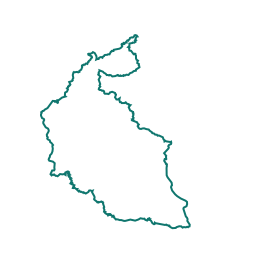 the district of Timor Tengah Utara, Nusa Tenggara Timur, Indonesia, rotated 107°
{"feature_id": "22746128B66987763142599", "entity_name": "Timor Tengah Utara", "entity_type": "district", "adm_level": 2, "iso_a3": "IDN", "parent_name": "Indonesia", "parent_adm1": "Nusa Tenggara Timur", "projection": "robinson", "projection_center": [124.402, -9.341], "detail": "fine", "context": "isolated", "style": "outline", "palette": "teal", "viewbox_px": 256, "rotation_deg": 107, "n_neighbors": 0, "source": "geoboundaries", "source_scale": "gbopen_adm2", "svg_char_len": 5894}
<svg xmlns="http://www.w3.org/2000/svg" viewBox="0 0 256 256"><g transform="rotate(107 128 128)"><path d="M204.1,40.4L202.4,40.7L199.5,44.1L197.7,44.4L196.5,45.4L195.7,46.8L189.1,51.4L187.9,51.4L185.7,49.2L183.5,49.2L181.4,50.0L180.7,51.7L180.0,56.8L178.8,61.0L177.6,63.6L174.9,67.5L172.1,69.5L171.0,69.6L169.9,69.2L167.5,70.3L163.6,75.7L161.9,77.2L155.1,79.4L151.6,80.1L151.5,80.7L150.9,80.7L150.7,80.9L151.1,80.7L150.9,81.1L151.6,81.1L150.7,81.5L148.8,83.8L147.0,83.8L146.8,82.5L146.5,82.3L144.2,83.4L143.5,83.3L141.5,86.1L135.7,83.3L134.6,83.3L133.6,84.2L132.2,83.8L130.8,82.2L129.7,82.2L128.5,82.8L129.0,83.3L129.6,87.6L129.3,88.6L130.1,89.2L128.9,89.8L128.5,90.7L126.7,92.0L126.1,96.3L126.7,97.4L126.0,98.4L126.4,100.2L125.7,101.3L125.8,103.3L125.2,103.6L124.2,106.6L123.4,107.7L123.7,110.2L123.6,112.5L124.3,114.2L125.1,115.2L125.3,116.8L124.5,118.3L123.6,118.7L123.3,119.3L121.5,118.7L121.0,120.0L119.9,120.9L119.5,126.2L119.0,126.0L118.7,126.4L118.4,125.5L117.7,126.2L116.7,125.6L115.6,126.8L113.9,126.6L113.0,127.4L112.6,127.0L111.2,127.8L111.4,128.4L110.8,129.3L110.6,131.1L107.9,133.4L105.5,132.4L105.6,132.9L105.2,133.6L105.5,134.2L105.0,134.7L105.1,136.1L104.7,137.3L104.4,137.2L104.1,137.7L105.2,138.7L106.0,141.3L105.3,142.3L105.6,143.3L103.6,144.6L102.1,144.7L103.8,146.2L104.1,147.4L102.4,149.4L99.8,149.2L99.4,149.3L99.2,150.1L98.3,150.6L98.0,153.7L99.3,155.7L100.3,155.8L101.3,156.7L101.3,157.9L102.0,160.1L101.6,160.9L99.9,161.6L99.5,163.0L100.0,163.6L99.6,164.9L99.9,166.4L99.5,167.3L98.3,167.4L96.5,166.6L95.6,167.7L94.1,167.4L90.3,170.2L86.8,169.5L85.7,172.0L84.7,171.7L84.4,172.1L83.3,172.3L82.0,171.7L81.2,172.1L81.5,168.4L82.2,167.3L82.6,165.3L83.6,163.8L83.2,162.8L83.3,161.5L82.7,161.2L82.5,159.9L83.3,158.1L82.0,155.2L80.3,153.4L80.3,153.0L80.8,152.7L80.8,152.0L80.6,150.9L80.0,150.7L80.2,149.7L79.5,148.1L79.6,147.5L79.2,147.2L78.7,147.4L78.5,146.0L77.5,145.2L77.1,143.0L75.0,142.1L73.5,140.1L72.0,139.3L70.9,137.2L69.8,137.5L66.6,134.8L65.4,135.4L65.1,136.0L63.7,136.2L63.2,138.1L61.8,138.4L60.7,138.1L60.2,139.8L59.1,140.7L56.3,141.6L55.9,142.3L54.9,142.6L54.9,143.2L55.8,144.2L53.3,147.6L53.5,149.3L51.7,150.2L50.6,150.1L50.6,151.5L49.1,150.7L46.8,151.3L45.4,148.6L44.9,148.5L44.6,147.0L43.4,146.0L42.6,146.9L41.7,146.0L41.2,146.9L40.5,146.9L38.0,146.5L37.7,145.8L37.0,146.7L37.0,148.1L37.5,148.9L38.8,149.0L40.1,149.9L40.2,150.9L41.3,152.4L42.8,152.5L43.9,153.3L44.4,153.3L44.4,154.2L46.5,155.1L46.8,154.6L47.3,155.7L48.2,155.9L48.1,156.5L48.8,156.2L49.3,157.0L48.9,157.9L49.4,158.5L50.0,158.6L51.7,157.4L53.5,158.3L54.6,159.3L57.4,164.5L58.6,164.4L59.0,166.0L59.8,166.1L60.1,166.7L63.0,167.2L63.3,168.6L64.0,169.1L64.9,171.4L65.5,171.9L66.2,171.9L67.2,172.9L68.3,173.0L68.0,174.4L68.4,175.2L69.5,176.2L70.6,176.3L71.0,177.5L71.8,178.4L70.0,178.5L68.3,179.4L66.1,181.7L65.7,183.7L66.6,184.1L68.1,185.7L68.4,187.2L68.9,187.7L69.6,187.2L70.0,183.9L70.5,183.3L71.2,183.0L72.1,183.7L73.7,183.9L75.5,185.1L76.3,185.0L76.6,185.5L78.6,185.6L78.5,186.7L78.8,187.3L79.9,187.6L80.3,188.8L80.7,188.8L80.7,189.3L81.7,190.3L82.3,190.2L82.9,189.6L85.9,189.8L87.6,191.2L88.5,190.8L89.4,191.9L89.2,193.1L90.5,195.6L90.3,196.1L90.8,196.4L93.5,196.3L96.2,194.9L97.9,195.3L98.6,194.8L99.4,195.2L101.2,197.7L103.3,195.8L104.3,196.1L104.7,196.8L105.3,196.7L105.9,197.5L106.9,197.1L107.9,198.0L108.8,196.7L111.0,197.0L112.5,198.5L115.7,197.8L116.1,196.9L118.1,199.9L121.7,202.5L122.0,203.5L122.4,203.2L122.8,203.7L123.7,202.5L124.1,202.5L124.1,202.8L124.9,202.1L124.4,203.2L123.8,203.6L124.2,205.4L123.5,205.4L124.1,207.9L132.5,210.8L134.8,213.0L136.3,213.7L136.7,214.7L137.6,214.9L138.3,215.6L139.0,215.0L140.3,215.2L141.6,214.8L143.7,213.0L143.9,211.2L144.8,210.5L147.1,210.8L148.4,210.3L151.4,206.9L152.0,204.2L153.4,203.1L154.4,202.9L158.1,203.7L159.7,203.0L160.3,202.0L161.8,202.1L162.3,201.4L162.7,199.2L164.3,198.2L164.6,197.0L166.2,194.7L167.3,195.1L169.7,193.9L172.5,193.4L174.9,193.6L176.9,194.6L178.6,194.3L180.3,194.7L181.5,194.6L182.3,193.7L182.1,190.0L183.1,187.8L187.3,186.9L189.1,186.1L190.1,186.2L190.8,188.1L194.8,188.6L195.7,187.2L194.4,186.1L194.6,185.2L194.1,184.9L194.9,183.2L194.6,182.5L194.7,181.2L191.9,179.5L191.5,177.0L190.7,175.7L191.2,173.9L190.2,174.1L188.9,174.9L187.3,173.2L187.1,172.3L187.4,171.6L188.8,172.0L188.8,170.9L189.5,170.9L189.7,170.3L190.0,170.8L189.6,171.6L190.9,171.2L191.5,170.6L190.8,170.3L191.1,169.7L191.8,169.6L192.5,167.9L193.0,168.6L193.6,168.5L194.6,166.5L195.7,166.5L196.3,165.7L196.9,166.5L197.5,165.9L198.0,166.4L198.3,164.9L197.8,164.4L198.4,163.6L198.4,162.5L199.1,162.5L199.5,163.1L201.5,163.2L201.4,162.4L200.8,161.5L201.5,159.7L201.1,158.5L202.1,158.5L203.1,156.5L202.3,156.1L203.0,154.8L202.6,153.9L203.0,152.5L202.5,151.9L203.0,151.1L202.6,150.8L203.0,149.2L200.8,147.2L199.2,146.9L198.7,145.9L198.8,144.0L198.4,143.5L199.9,143.6L203.3,140.1L204.6,139.5L205.9,139.7L206.5,139.0L207.2,137.0L208.0,135.7L207.7,135.4L207.9,134.9L207.4,134.8L207.4,133.8L206.1,132.0L206.4,131.5L206.1,130.7L206.6,130.5L206.9,129.8L207.6,129.8L210.6,127.6L211.6,127.9L213.2,126.6L214.9,126.5L214.9,125.5L215.4,125.8L215.7,125.2L215.5,124.9L216.1,124.8L216.6,123.1L216.1,121.7L216.7,122.2L217.3,121.6L216.7,121.4L216.6,119.9L217.0,120.0L216.2,119.5L216.1,118.6L216.8,117.6L216.4,116.8L216.7,116.8L216.6,116.4L217.1,116.5L216.8,116.0L217.1,115.3L217.6,115.3L219.0,112.9L218.7,112.6L218.8,112.3L218.4,111.0L218.5,109.1L218.0,107.5L218.0,104.6L217.6,103.4L214.9,99.0L214.5,94.1L212.4,91.2L210.7,89.7L210.4,86.9L209.9,85.8L210.8,84.6L210.9,82.7L209.0,82.4L208.1,81.2L208.9,80.7L208.8,80.3L209.6,80.5L209.5,80.0L210.0,78.8L211.9,76.8L212.4,75.0L212.1,74.5L210.8,74.6L211.0,74.2L209.9,64.2L209.2,63.2L209.6,62.2L209.3,61.5L209.8,60.3L209.3,59.8L210.3,58.8L210.8,56.2L209.6,53.1L208.7,52.7L207.0,50.3L206.5,48.3L207.3,46.7L206.4,45.6L206.1,43.6L205.2,42.6L205.3,41.6L204.8,41.4L204.1,40.4Z" fill="none" stroke="#0f766e" stroke-width="2"/></g></svg>